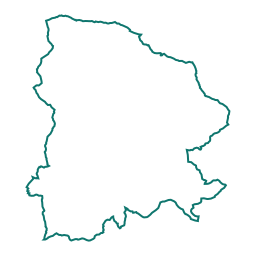 Sant, Bistrita-Nasaud, Romania (Equal Earth projection)
{"feature_id": "2599482B92679946277373", "entity_name": "Sant", "entity_type": "district", "adm_level": 2, "iso_a3": "ROU", "parent_name": "Romania", "parent_adm1": "Bistrita-Nasaud", "projection": "equal_earth", "projection_center": [24.977, 47.501], "detail": "fine", "context": "isolated", "style": "outline", "palette": "teal", "viewbox_px": 256, "rotation_deg": 0, "n_neighbors": 0, "source": "geoboundaries", "source_scale": "gbopen_adm2", "svg_char_len": 5746}
<svg xmlns="http://www.w3.org/2000/svg" viewBox="0 0 256 256"><path d="M94.4,238.0L94.8,236.1L96.7,234.7L99.2,234.5L100.7,233.2L101.4,232.9L102.3,233.0L103.4,232.3L103.1,231.3L103.3,230.1L103.7,229.9L103.2,228.4L103.0,227.0L103.7,226.2L103.0,224.9L103.6,223.8L105.6,220.7L107.4,219.7L109.7,220.0L111.4,217.6L112.6,216.7L113.2,216.5L113.3,218.0L114.4,221.0L115.8,221.9L116.7,223.4L117.8,223.6L117.6,225.1L118.0,225.8L118.1,226.5L119.9,228.3L120.8,227.7L121.0,226.6L124.2,225.3L124.6,223.5L124.6,221.9L125.1,220.0L125.2,218.4L125.8,216.9L125.9,216.2L125.5,214.4L124.5,213.0L124.4,212.3L124.9,211.8L125.9,210.1L125.2,207.6L127.6,208.9L128.0,209.9L130.7,211.4L132.5,211.4L133.1,212.8L136.3,212.1L137.0,213.1L138.2,213.5L141.8,216.3L143.3,217.2L144.2,217.4L147.0,217.1L147.8,216.7L150.3,214.7L152.0,212.8L155.9,210.1L158.3,208.0L160.4,202.4L162.8,201.5L164.5,201.5L168.5,200.0L170.8,199.8L174.3,201.4L175.7,202.6L176.7,204.8L178.5,207.0L180.7,208.6L182.9,209.5L184.2,212.6L185.4,214.1L186.0,214.1L187.9,215.2L189.8,216.7L190.5,217.8L190.8,219.0L195.1,220.5L197.9,221.0L197.9,220.0L198.3,218.4L198.6,216.4L197.7,216.5L195.2,216.0L193.4,214.6L191.6,212.7L191.0,211.2L191.2,210.0L191.8,209.0L193.5,207.7L192.8,205.1L194.4,204.3L198.0,203.8L200.7,202.4L201.3,201.2L201.2,200.3L201.3,198.5L203.9,198.3L207.1,199.0L208.1,199.0L210.9,198.6L214.4,197.1L214.8,196.9L214.8,196.2L215.2,195.6L217.7,193.9L219.2,192.1L220.7,190.9L220.8,190.3L221.4,189.6L224.2,187.8L225.9,185.3L225.4,184.7L223.2,184.3L222.3,183.9L220.3,182.2L219.4,180.9L217.5,179.7L216.0,180.4L213.4,180.4L212.6,180.9L211.4,182.2L209.4,183.3L207.8,183.8L204.7,183.9L204.8,183.2L205.9,181.8L206.2,180.8L204.7,180.0L204.1,180.1L202.2,178.9L201.5,174.5L200.0,172.3L199.6,170.3L197.1,169.4L196.2,167.5L196.0,165.6L195.6,165.3L193.9,164.5L191.3,162.2L188.2,161.8L187.8,154.9L186.8,149.9L188.7,150.3L190.1,150.3L190.5,150.0L191.3,149.9L192.6,150.1L194.3,148.4L196.6,147.7L198.1,148.0L199.5,149.4L200.6,149.6L201.0,149.1L201.3,148.1L200.6,146.9L202.1,146.2L203.2,146.0L204.9,145.0L205.2,144.0L205.5,143.5L208.0,143.0L208.8,141.9L209.9,141.0L210.2,140.0L210.1,137.0L210.6,136.2L212.3,135.5L213.1,134.4L214.5,133.4L216.9,132.9L218.2,132.3L219.6,131.3L220.0,129.8L222.9,128.5L226.4,125.6L228.3,124.6L227.0,122.6L228.1,117.5L227.9,117.0L228.2,115.4L228.9,114.4L229.4,111.1L228.2,109.7L226.6,107.0L222.5,104.0L220.1,103.3L219.1,102.3L217.6,100.1L215.3,100.0L213.9,99.3L212.2,98.9L208.8,96.9L207.3,96.6L206.5,96.1L205.7,96.1L204.9,95.5L204.8,94.3L204.5,93.5L203.9,93.0L203.3,92.0L201.8,90.4L200.9,88.8L200.2,88.2L200.1,87.8L199.9,87.7L200.0,86.5L199.3,85.4L199.4,84.7L198.7,83.7L198.7,82.9L196.5,79.4L196.7,77.4L195.9,76.3L195.5,74.9L195.6,74.0L196.4,73.3L196.1,72.1L196.4,71.0L196.0,70.3L195.8,69.0L194.6,66.0L193.0,63.4L192.8,63.3L192.4,62.3L191.3,62.4L189.2,61.8L185.9,62.9L182.0,60.9L179.1,61.0L178.2,60.4L175.8,59.9L173.8,58.6L170.5,57.2L168.6,57.0L167.2,56.5L164.1,53.8L163.0,54.1L162.2,55.2L161.0,55.5L160.7,55.3L161.0,53.5L160.6,53.1L156.7,53.3L154.5,53.0L152.3,51.7L151.9,50.6L150.6,49.3L148.6,45.2L148.3,45.1L147.6,45.4L146.5,44.6L144.1,44.4L143.1,44.0L141.9,41.7L140.2,40.2L139.6,38.2L139.0,36.7L139.5,36.0L140.4,35.6L141.1,34.6L138.9,34.4L133.8,32.8L129.7,30.9L130.0,29.8L127.5,27.6L122.2,25.2L120.8,24.9L118.8,23.5L117.1,23.6L116.4,22.9L115.3,22.4L115.0,22.0L111.8,23.0L110.0,23.0L108.7,23.5L107.3,23.4L105.8,22.7L103.9,22.8L101.8,22.0L100.2,21.7L98.4,22.1L95.6,21.5L95.0,22.1L94.4,22.2L91.9,21.0L90.5,21.2L85.6,21.0L82.9,21.2L81.5,20.5L79.3,20.0L77.1,20.2L76.3,20.6L75.8,19.9L74.6,19.9L74.3,19.6L72.1,18.6L71.3,17.9L67.7,16.2L66.8,16.2L65.5,15.7L64.0,16.1L62.3,15.9L61.7,15.4L60.7,15.7L59.4,15.6L57.2,17.1L56.4,17.0L55.1,17.7L52.1,18.2L49.3,19.7L46.1,20.7L47.8,27.2L48.4,28.4L48.6,30.1L47.9,32.8L48.1,34.8L47.9,35.5L47.4,36.0L48.5,41.1L49.7,42.2L50.0,42.8L51.1,43.6L52.5,45.8L53.0,46.0L52.7,48.2L51.1,50.4L49.1,52.3L48.2,54.1L41.3,58.6L41.3,61.6L40.8,63.5L39.9,65.1L38.3,66.7L37.6,68.6L36.9,69.2L37.2,71.5L37.0,72.2L40.4,76.3L41.5,81.1L41.7,83.1L39.1,85.3L38.5,85.5L37.8,85.3L36.4,85.4L33.6,87.6L34.2,88.7L35.5,89.9L36.6,93.1L37.5,94.0L39.1,97.3L41.1,99.2L45.0,101.8L46.2,103.4L47.9,105.0L50.2,104.8L51.6,107.3L54.6,109.8L53.9,111.5L54.3,112.5L54.2,113.0L53.4,113.7L52.3,117.5L53.1,119.1L53.1,120.1L54.1,121.4L54.8,123.2L54.9,124.0L54.6,124.8L54.5,126.0L53.3,127.3L53.0,128.1L52.5,128.5L52.4,128.9L52.4,130.1L50.5,133.7L47.5,136.7L46.7,141.1L46.1,142.7L46.2,143.7L45.1,145.2L45.1,146.4L45.8,147.9L46.0,149.3L45.7,150.7L45.3,151.4L44.8,151.8L44.8,152.4L45.5,154.3L45.9,157.3L46.6,158.3L46.4,159.0L47.5,163.6L47.3,164.0L47.6,164.9L49.0,165.9L48.2,166.3L46.9,166.7L45.1,166.8L44.0,167.6L41.4,166.4L40.8,166.4L40.4,167.0L39.9,167.3L39.3,167.0L38.3,168.4L37.7,169.8L37.8,170.9L37.5,171.9L36.7,173.4L36.9,174.6L37.4,175.3L38.3,178.4L36.6,178.1L36.5,178.3L35.9,178.3L35.0,178.1L32.7,177.1L33.3,178.7L28.8,183.6L26.6,187.2L27.7,187.9L28.3,188.6L27.6,189.3L27.3,191.0L28.5,191.2L27.9,193.2L29.4,193.3L29.1,194.7L29.6,195.0L29.6,195.4L31.6,195.8L33.7,195.7L35.7,194.7L36.2,194.6L37.2,194.8L38.9,195.7L40.6,195.6L42.2,196.0L42.4,197.8L42.3,198.8L41.9,199.2L41.9,201.0L42.2,202.1L42.5,206.7L44.3,210.5L44.2,211.0L43.1,211.8L42.8,212.2L42.7,213.7L42.8,214.5L43.4,215.2L43.7,216.1L44.3,220.0L45.1,221.7L45.6,225.6L45.5,226.5L45.9,226.8L45.9,227.2L46.7,228.4L46.6,230.4L46.4,230.5L45.9,231.9L46.3,232.7L45.3,234.4L44.5,237.2L44.3,239.1L43.9,239.5L45.2,239.5L46.2,239.1L47.8,238.1L48.2,237.5L51.0,236.3L52.8,235.9L54.9,234.2L56.5,233.3L59.0,234.9L60.8,235.0L61.7,235.5L64.1,235.0L67.7,235.6L68.8,236.5L69.3,238.5L70.1,239.8L71.3,240.5L75.4,239.1L77.0,239.1L77.8,239.6L78.6,239.6L82.1,238.4L83.9,238.7L86.8,240.1L88.7,240.6L90.2,240.4L93.3,238.9L94.4,238.0Z" fill="none" stroke="#0f766e" stroke-width="2"/></svg>